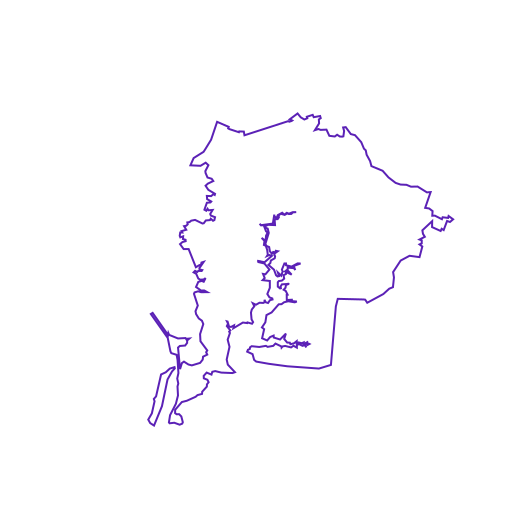 Whau Local Board Area, New Zealand (Mercator projection), rotated 235°
{"feature_id": "76426892B68447981538079", "entity_name": "Whau Local Board Area", "entity_type": "district", "adm_level": 2, "iso_a3": "NZL", "parent_name": "New Zealand", "parent_adm1": "", "projection": "mercator", "projection_center": [174.682, -36.899], "detail": "fine", "context": "isolated", "style": "outline", "palette": "violet", "viewbox_px": 512, "rotation_deg": 235, "n_neighbors": 0, "source": "geoboundaries", "source_scale": "gbopen_adm2", "svg_char_len": 6139}
<svg xmlns="http://www.w3.org/2000/svg" viewBox="0 0 512 512"><g transform="rotate(235 256 256)"><path d="M123.8,254.9L168.9,292.5L174.0,298.4L158.6,319.3L157.6,320.4L153.9,320.3L151.8,338.5L152.8,346.4L151.9,350.3L159.3,356.7L164.2,359.1L169.3,371.9L168.1,381.9L161.3,389.3L168.4,397.7L171.7,396.6L171.3,399.0L173.7,400.7L175.7,399.4L174.9,405.3L178.4,405.5L181.6,407.0L183.5,420.3L178.7,416.8L170.6,421.6L171.8,423.7L169.6,424.6L175.1,432.6L172.6,434.4L173.0,438.5L178.3,436.7L177.0,435.2L180.7,431.1L179.5,429.4L186.4,425.7L187.9,423.5L191.5,426.4L195.6,425.1L198.4,422.2L208.2,435.7L210.1,432.5L220.2,428.2L223.9,422.7L228.0,420.1L231.6,415.4L235.8,412.3L244.4,409.6L253.2,408.6L263.4,402.1L268.3,403.9L275.5,404.7L279.6,406.5L282.0,406.0L288.9,407.5L298.2,406.4L301.5,403.6L310.1,403.4L311.3,401.1L307.9,399.9L303.9,396.2L304.3,395.1L305.8,393.2L308.8,392.0L308.7,389.1L312.4,385.0L319.1,386.2L322.3,381.2L324.2,380.0L325.3,376.4L328.4,383.7L331.8,385.8L331.8,388.1L333.9,388.8L336.6,382.9L339.1,383.4L340.9,377.5L339.4,377.0L340.1,373.9L343.9,372.2L348.9,371.8L348.6,362.0L346.2,363.4L346.2,362.6L346.9,360.3L348.0,359.7L361.5,315.8L364.9,317.4L367.7,313.7L367.2,313.0L375.2,307.0L376.5,306.4L377.4,307.7L388.2,301.1L377.0,285.9L372.7,276.0L371.4,272.8L372.0,261.1L367.9,254.3L361.7,262.3L361.3,268.3L357.7,269.1L354.6,263.2L352.9,262.3L348.1,261.3L344.7,264.0L341.9,264.0L342.9,258.1L342.5,255.0L337.6,254.9L330.4,258.1L329.7,257.2L331.1,256.6L330.8,253.6L333.4,250.2L330.6,248.6L326.3,250.6L326.0,249.4L327.8,246.3L323.5,240.3L321.6,241.2L322.5,243.4L320.7,243.3L318.6,246.9L316.7,242.6L315.0,242.2L311.3,244.7L309.3,242.5L309.5,241.0L312.5,240.3L311.8,238.9L313.9,235.3L312.8,232.0L313.3,230.8L320.5,226.8L322.1,223.2L321.9,221.0L322.9,219.0L321.1,218.2L320.8,216.2L321.7,214.2L317.5,213.9L319.1,209.3L317.5,209.1L318.7,207.4L316.3,205.1L314.7,204.7L313.9,207.6L311.8,205.9L309.7,207.6L308.5,206.9L309.6,203.7L309.3,200.6L303.2,200.7L300.3,204.8L281.3,200.3L281.0,204.5L279.8,205.2L281.9,207.6L281.2,209.8L278.5,202.6L277.3,202.1L275.3,203.9L274.9,202.9L276.9,200.2L276.6,198.7L278.8,197.6L278.4,195.5L275.7,196.8L270.7,195.8L268.6,196.7L266.8,199.6L266.8,202.0L264.9,198.4L266.7,197.3L267.9,193.9L265.0,189.1L259.2,191.2L257.5,193.8L254.4,195.3L257.8,190.3L260.3,188.3L261.4,184.8L260.6,183.5L248.8,179.9L245.5,174.8L242.8,173.6L237.7,173.3L234.0,174.6L230.5,173.8L224.1,165.4L218.0,161.6L206.6,161.9L205.8,160.0L203.2,159.5L203.9,154.9L201.7,152.9L200.5,148.9L203.2,140.7L205.9,138.4L210.8,136.4L210.8,133.9L206.9,128.9L225.7,139.6L226.0,142.0L223.3,146.6L224.3,149.7L226.3,151.2L226.6,154.1L227.6,152.3L226.9,151.1L229.2,151.2L233.2,144.8L241.2,139.6L243.1,140.0L241.8,138.7L268.7,138.7L268.8,136.6L239.5,136.7L226.9,131.2L225.0,130.9L220.6,134.3L215.8,132.1L204.6,125.3L200.8,121.2L196.1,119.2L194.2,116.9L186.5,112.1L180.9,105.6L174.9,94.3L169.6,89.2L168.5,89.3L166.3,93.4L161.6,96.7L161.0,99.4L161.8,100.7L167.4,102.8L170.5,102.3L171.9,100.2L173.7,99.6L176.4,101.6L178.9,111.5L177.1,116.3L175.3,125.8L175.6,128.3L174.0,132.7L175.7,134.1L177.2,140.8L179.0,142.2L179.8,144.8L182.5,145.2L185.7,143.1L187.8,144.4L188.8,148.7L184.4,151.5L186.2,153.8L185.1,156.6L180.4,160.7L173.6,169.6L172.9,172.1L183.2,170.6L188.0,172.6L196.8,182.2L203.7,184.8L207.9,190.5L209.4,190.6L209.8,192.3L215.3,191.9L216.6,194.3L219.1,194.7L218.6,195.1L213.6,193.4L212.2,194.9L211.8,198.2L209.8,196.0L209.0,207.1L206.1,210.3L206.5,210.9L202.8,213.9L203.5,215.7L206.6,216.0L212.5,219.4L214.6,221.9L215.8,225.8L219.1,226.3L216.1,228.0L215.7,232.1L213.4,235.0L213.2,236.4L215.2,237.9L212.7,237.3L210.6,238.9L211.8,242.1L210.9,244.6L211.9,245.0L214.4,243.3L218.4,243.5L222.0,249.1L227.6,253.0L232.4,247.6L233.0,250.5L237.3,251.5L235.6,253.2L237.2,259.2L245.0,258.6L249.4,254.7L249.9,255.8L251.5,254.2L246.0,259.4L247.0,269.0L249.2,267.5L249.7,265.0L250.3,266.4L254.7,268.7L258.8,269.9L260.5,268.8L263.5,271.6L267.6,271.0L264.7,271.9L263.9,273.5L266.8,275.8L268.5,278.9L270.6,278.4L276.8,280.0L278.2,277.7L280.3,277.4L278.3,277.9L272.9,288.4L279.4,294.7L278.1,293.9L275.2,294.5L277.0,297.3L276.4,302.3L273.6,302.9L273.7,306.0L271.8,307.2L270.8,311.4L268.9,314.1L270.6,311.2L270.2,309.1L271.5,307.0L273.0,305.9L273.2,303.1L276.5,300.4L276.1,297.7L274.5,296.9L273.8,294.9L275.4,292.3L270.4,289.3L274.6,283.8L275.1,281.1L273.9,279.9L271.7,281.3L267.6,279.7L260.5,270.6L258.3,270.3L255.8,271.9L251.9,270.1L248.7,270.3L249.5,272.4L247.9,274.0L248.9,275.2L247.4,276.6L247.4,272.1L244.7,271.4L243.4,270.0L243.8,265.6L242.0,263.7L241.6,261.1L234.5,262.9L228.7,261.4L226.9,261.9L226.3,263.3L229.9,264.5L225.4,265.4L228.1,269.0L230.0,269.4L233.6,275.0L232.7,276.3L231.2,275.3L226.9,279.1L226.1,285.8L224.3,288.2L226.2,281.2L222.0,280.1L224.3,280.1L228.3,275.3L227.0,274.4L226.7,271.0L225.4,272.3L225.3,273.8L220.3,274.5L224.5,272.1L224.8,270.7L224.1,270.2L224.5,267.6L221.3,266.1L221.0,263.1L222.4,260.3L222.0,258.8L218.4,256.3L215.6,257.1L215.3,257.9L216.9,258.6L217.9,261.0L214.7,266.3L215.0,267.3L214.4,266.4L215.1,263.9L213.1,262.0L212.5,259.3L210.3,260.3L206.2,259.7L206.6,258.9L202.3,256.0L199.6,260.3L198.4,259.6L195.3,263.3L195.8,261.2L200.4,256.5L202.0,252.5L201.9,249.3L203.4,246.9L200.8,236.4L201.6,230.7L196.3,225.6L194.1,219.9L191.4,220.7L185.1,213.8L180.4,216.7L181.5,221.1L180.7,224.8L179.0,223.8L173.8,227.8L175.3,236.0L171.9,231.5L167.2,231.9L165.6,234.0L164.0,233.6L162.7,237.1L162.9,240.5L161.4,239.4L160.8,241.3L158.3,243.5L157.9,245.5L156.6,244.3L156.0,248.6L154.0,247.7L154.1,248.6L153.8,249.0L153.5,249.2L153.3,249.3L153.6,247.2L155.0,247.6L155.6,245.5L152.3,244.7L155.0,244.9L155.7,242.6L159.2,240.7L159.6,238.4L157.5,236.9L161.0,235.2L161.0,232.3L165.6,228.3L166.7,225.9L166.3,224.4L167.4,224.9L173.1,221.7L172.5,218.6L174.9,213.4L176.7,212.6L179.6,206.5L184.6,200.7L184.6,198.7L183.4,197.6L183.8,195.6L182.7,193.9L177.6,196.9L172.0,194.9L169.4,195.6L160.3,204.7L147.7,218.4L127.7,243.0L123.8,254.9ZM179.8,73.5L175.6,75.2L186.9,92.8L205.6,112.7L209.6,121.0L210.5,125.0L211.7,125.5L213.2,120.8L212.5,115.4L213.4,110.3L198.3,93.6L197.5,90.3L195.2,89.6L186.8,80.4L183.8,73.9L179.8,73.5Z" fill="none" stroke="#5b21b6" stroke-width="2"/></g></svg>